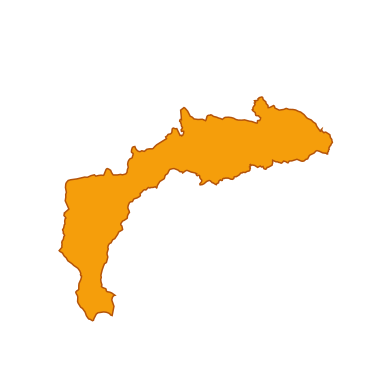 Teregova, Caras-Severin, Romania, rotated 156°
{"feature_id": "2599482B41858605084991", "entity_name": "Teregova", "entity_type": "district", "adm_level": 2, "iso_a3": "ROU", "parent_name": "Romania", "parent_adm1": "Caras-Severin", "projection": "orthographic", "projection_center": [22.378, 45.199], "detail": "fine", "context": "isolated", "style": "filled", "palette": "amber", "viewbox_px": 384, "rotation_deg": 156, "n_neighbors": 0, "source": "geoboundaries", "source_scale": "gbopen_adm2", "svg_char_len": 6072}
<svg xmlns="http://www.w3.org/2000/svg" viewBox="0 0 384 384"><g transform="rotate(156 192 192)"><path d="M209.7,247.6L210.8,247.6L213.4,248.8L215.9,249.4L219.0,248.5L221.1,250.1L222.8,250.0L223.8,250.4L224.8,251.5L225.4,252.8L225.8,254.4L225.7,256.8L227.0,257.1L228.3,257.0L230.1,255.0L230.9,253.6L231.1,252.8L230.1,251.2L230.9,249.7L231.9,248.8L232.5,247.8L233.2,247.5L235.0,247.6L236.9,246.7L238.1,245.6L239.5,243.6L240.2,240.4L241.7,239.0L243.4,236.4L245.0,235.5L245.7,235.5L248.6,236.0L250.2,237.2L253.2,237.9L257.0,239.6L257.3,240.6L257.6,242.6L257.5,244.9L258.4,246.3L259.5,247.6L260.0,247.9L260.8,247.8L261.5,247.4L265.5,243.5L266.1,243.2L268.3,244.4L270.6,245.1L273.4,245.6L274.2,247.4L277.5,248.0L281.6,248.0L284.0,249.3L291.9,250.8L297.8,252.5L300.4,252.9L302.8,251.8L304.1,250.6L305.8,247.5L306.9,242.7L308.4,241.1L309.4,238.6L311.4,235.5L311.4,226.5L317.2,224.7L317.0,224.3L318.2,223.2L318.5,222.7L318.3,221.5L317.9,220.7L317.8,219.5L318.7,219.2L320.1,217.3L321.1,214.4L322.0,214.0L323.8,211.4L325.6,210.1L325.7,207.9L326.4,206.8L326.1,205.5L326.1,204.1L327.4,203.2L328.5,201.5L329.6,200.5L330.6,200.0L331.5,198.8L332.0,197.1L332.9,195.6L333.3,194.4L337.2,192.5L336.9,191.5L335.1,188.9L335.0,187.0L334.7,185.2L333.7,183.1L333.4,179.7L330.8,175.3L329.9,173.0L327.3,168.8L326.6,165.5L326.7,162.9L327.5,161.8L327.6,160.7L327.1,160.3L327.4,159.5L329.2,157.2L332.4,154.4L333.4,152.7L335.0,149.2L336.4,148.6L337.6,148.5L338.9,147.8L339.1,146.2L338.8,144.0L339.1,142.4L341.1,138.4L341.2,136.8L340.6,132.1L339.4,130.1L338.5,125.8L338.8,121.9L338.3,119.1L337.9,117.9L336.8,117.1L335.3,114.9L334.2,114.9L333.2,116.1L329.1,119.4L327.1,119.9L326.3,119.7L321.6,118.4L319.3,117.1L317.4,115.3L316.5,113.7L316.4,112.8L315.2,111.6L309.8,119.3L309.2,126.0L307.6,128.1L305.8,129.2L304.4,129.0L306.4,132.4L307.8,133.9L310.0,135.4L310.5,136.6L310.0,138.3L310.7,139.4L311.6,140.1L312.7,141.4L313.1,142.6L312.1,143.7L311.7,146.8L311.0,149.2L309.6,150.9L309.1,153.0L305.8,157.3L303.0,160.3L301.1,162.1L298.9,162.4L295.5,166.6L295.2,167.4L295.0,169.4L294.4,170.9L291.7,174.0L291.4,175.7L290.2,177.3L288.3,178.5L286.6,178.5L284.0,180.6L281.5,180.8L277.2,183.5L275.2,185.3L271.2,185.7L270.6,186.0L269.9,189.4L270.4,191.1L270.0,192.0L267.3,193.7L265.6,193.7L262.0,194.3L261.6,194.7L260.9,196.1L259.9,197.2L258.6,198.2L257.5,198.7L257.2,200.1L257.2,202.8L256.8,204.2L255.6,205.8L253.6,207.6L252.4,208.0L250.3,207.5L248.3,209.1L247.4,209.3L244.6,208.9L242.0,209.2L240.8,209.6L240.5,210.0L240.2,211.5L239.7,211.9L238.7,212.0L235.6,213.4L234.4,213.4L233.3,212.6L230.1,213.9L228.8,212.8L227.9,212.9L225.7,212.0L223.4,211.7L222.7,210.1L222.3,210.2L221.7,211.2L220.5,212.4L217.1,214.7L212.1,215.4L211.3,216.1L210.1,217.7L209.0,218.4L206.9,218.7L203.9,221.2L203.1,221.6L200.7,221.3L198.8,220.7L195.9,217.8L194.7,215.4L193.0,214.6L192.8,213.2L189.6,213.9L188.4,214.0L187.4,213.5L184.7,210.6L181.6,208.3L180.3,206.8L181.0,206.4L181.0,205.7L180.8,205.1L180.5,204.7L179.3,204.6L178.5,204.1L178.5,203.5L179.0,201.9L178.9,200.8L178.3,199.0L178.7,198.0L179.6,197.2L181.5,196.3L181.7,195.8L181.7,195.2L179.7,194.6L177.5,194.7L174.1,195.7L171.7,195.6L170.8,194.9L169.7,192.2L169.0,191.8L167.4,189.4L166.8,188.8L166.0,189.5L164.0,189.6L163.2,190.9L161.6,191.5L161.0,191.5L160.6,190.6L159.6,190.3L158.6,191.5L157.5,191.6L156.7,191.1L156.0,191.2L153.1,189.9L151.3,187.9L149.8,187.1L148.4,187.3L147.4,188.6L146.7,188.6L145.4,188.0L144.1,188.1L141.5,188.5L140.1,189.4L139.4,189.4L138.5,189.0L137.5,189.3L135.3,188.1L133.6,188.4L131.2,188.0L130.0,188.6L129.6,189.8L129.1,189.9L128.9,190.5L129.3,191.5L127.9,192.0L128.1,192.6L127.9,193.1L127.8,193.4L127.3,193.4L127.1,192.5L125.5,191.9L123.9,190.7L122.0,187.8L119.1,188.0L118.4,186.6L118.0,186.4L116.8,186.4L116.8,184.0L115.6,182.9L114.7,182.9L113.4,183.9L112.1,183.6L108.0,183.9L106.5,185.8L105.4,188.2L103.1,185.5L101.5,184.7L100.8,183.8L99.6,183.0L99.1,182.3L98.6,182.0L97.7,182.1L95.7,183.0L93.9,181.5L93.0,180.0L92.4,179.6L90.8,180.6L90.1,180.6L88.1,179.8L82.8,179.2L79.6,175.8L78.4,175.1L77.1,174.8L74.7,175.5L72.9,175.2L70.2,177.4L69.1,177.8L64.7,177.9L62.2,179.0L61.0,179.0L59.0,177.3L56.7,174.6L53.7,172.8L53.5,172.1L52.7,171.6L51.9,173.1L50.9,173.6L50.2,174.8L49.3,175.2L49.2,176.1L48.6,177.0L48.1,177.1L47.7,177.7L46.4,178.1L45.1,179.4L43.8,180.0L43.5,180.3L43.4,181.7L42.9,183.2L43.4,185.3L42.8,188.3L45.3,192.1L46.1,192.6L47.0,192.4L47.5,192.6L48.2,194.4L48.4,195.6L48.3,196.1L47.8,196.7L48.7,196.4L49.6,195.2L50.0,195.2L50.2,195.6L51.3,201.2L51.2,204.2L52.8,206.7L53.8,209.3L56.4,212.1L57.1,213.4L58.2,217.2L60.2,220.8L62.0,222.4L63.9,224.7L66.2,226.3L69.8,228.0L71.5,229.7L72.1,230.1L74.5,230.1L79.0,231.3L82.1,235.0L81.8,236.9L82.3,237.8L86.5,237.6L88.1,238.1L87.4,240.2L88.2,242.3L88.2,243.1L87.9,244.4L89.4,247.5L89.0,249.6L89.5,250.4L91.8,250.8L92.7,250.7L93.0,250.2L93.8,250.3L94.2,249.4L94.8,249.0L97.8,250.0L97.8,249.4L97.3,248.6L97.5,248.1L98.9,247.9L98.7,246.6L99.8,245.5L100.3,245.5L101.9,244.4L102.5,243.3L102.5,242.8L103.5,242.7L103.5,241.8L101.9,238.8L102.4,237.1L102.5,236.0L101.7,235.3L100.2,234.6L99.9,233.2L99.1,232.0L99.8,230.8L101.1,229.8L102.7,230.5L103.3,230.3L104.2,228.5L104.9,228.7L105.8,229.3L108.7,232.1L110.7,233.3L114.6,236.5L117.3,237.4L120.5,238.9L122.5,240.5L123.9,242.4L125.9,244.1L128.3,245.5L131.4,246.7L132.6,246.6L134.8,246.0L135.9,247.4L137.7,248.8L139.0,250.3L141.6,252.3L142.7,254.2L143.5,254.9L143.9,254.7L145.5,255.3L146.7,255.4L147.6,254.9L149.9,252.1L150.6,251.6L152.9,254.2L157.0,255.8L160.1,257.7L160.4,257.9L161.3,260.2L162.8,262.0L163.1,267.7L164.3,271.5L165.0,272.4L169.1,271.4L171.2,265.1L172.3,262.3L173.2,263.0L174.1,262.4L174.5,261.6L173.8,260.5L174.3,259.7L174.1,258.7L174.7,256.9L174.8,255.9L174.4,255.0L175.1,254.0L176.6,253.3L176.9,252.3L176.9,251.6L175.5,251.3L174.9,250.8L175.7,249.2L177.1,247.8L178.5,247.4L178.7,248.2L179.9,248.5L180.1,256.1L181.6,256.6L183.0,258.0L183.7,258.0L184.5,257.6L186.0,254.9L186.8,254.2L188.4,253.8L189.3,254.2L190.6,254.3L191.9,253.4L193.7,253.1L193.6,251.1L205.1,249.5L207.7,248.6L209.7,247.6Z" fill="#f59e0b" stroke="#b45309" stroke-width="1.5"/></g></svg>